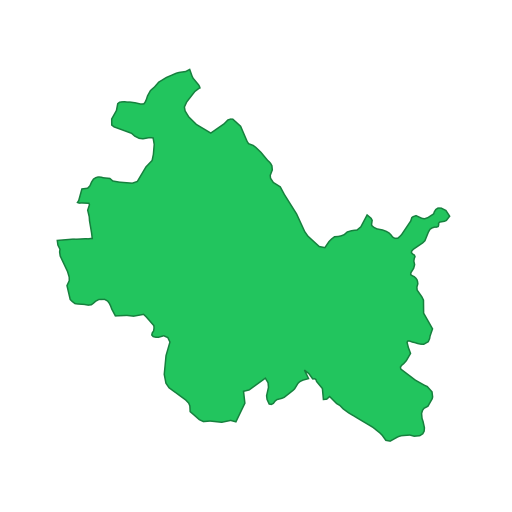 Santarém, Natural Earth projection, rotated 280°
{"feature_id": "PRT-748", "entity_name": "Santarém", "entity_type": "District", "adm_level": 1, "iso_a3": "PRT", "parent_name": "Portugal", "parent_adm1": "", "projection": "natural_earth1", "projection_center": [-8.43, 39.286], "detail": "fine", "context": "isolated", "style": "filled", "palette": "green", "viewbox_px": 512, "rotation_deg": 280, "n_neighbors": 0, "source": "natural_earth", "source_scale": "10m", "svg_char_len": 3950}
<svg xmlns="http://www.w3.org/2000/svg" viewBox="0 0 512 512"><g transform="rotate(280 256 256)"><path d="M144.8,333.2L149.3,328.6L152.1,323.5L144.4,329.0L142.1,324.1L140.9,322.3L139.7,320.8L137.8,319.4L131.9,317.1L130.0,315.7L121.7,308.3L120.3,306.1L118.2,301.5L116.3,299.9L113.9,298.7L112.5,296.9L112.5,294.7L116.7,291.8L120.2,290.7L128.8,291.1L133.3,289.9L137.3,286.4L122.9,272.5L120.6,267.2L109.1,270.6L89.2,265.0L89.7,259.6L86.3,251.1L85.5,239.4L83.8,233.0L85.0,228.6L91.3,218.2L96.9,216.9L99.4,215.3L102.0,211.8L111.1,193.3L115.1,189.4L123.5,186.2L142.3,184.7L156.3,186.2L160.4,183.3L161.0,180.6L161.4,179.4L161.4,178.8L160.9,177.9L159.0,174.0L158.6,171.2L158.8,168.7L160.1,167.1L162.3,167.2L164.5,168.2L167.4,168.1L169.7,167.5L177.2,158.2L179.0,155.4L175.5,145.9L175.1,139.2L172.6,127.9L178.8,123.1L181.4,121.6L183.8,119.9L185.9,117.7L187.0,114.5L185.9,108.8L183.7,106.0L181.3,104.1L179.4,102.3L178.5,99.4L178.5,95.2L177.8,88.8L177.7,86.0L179.3,82.9L180.9,80.6L194.0,75.0L199.3,76.4L202.8,75.7L208.0,73.1L222.0,63.2L225.9,61.9L228.6,61.8L232.4,59.0L236.8,57.6L240.8,72.7L241.4,76.6L243.4,85.1L243.8,88.0L244.5,90.1L244.8,91.7L250.1,90.1L261.9,85.9L265.6,85.0L271.9,82.3L277.5,83.1L278.9,82.3L278.0,75.2L277.4,72.7L277.7,70.9L279.9,71.8L291.8,72.9L293.5,78.4L296.3,80.3L300.2,81.2L303.5,82.6L305.3,84.6L306.3,86.6L306.6,88.3L306.7,90.3L306.5,92.0L307.0,98.6L305.0,101.9L305.0,108.7L306.2,121.5L308.8,126.2L324.7,132.2L332.0,137.1L338.2,137.3L348.2,136.4L354.4,134.2L354.3,132.2L353.9,129.9L351.8,124.3L351.6,120.5L353.0,115.8L355.2,112.2L358.5,93.8L359.9,91.2L365.9,90.1L375.0,93.3L382.0,93.4L383.7,94.9L384.5,97.2L385.1,99.8L385.2,102.5L385.7,105.1L385.9,110.5L385.6,116.1L386.3,119.1L388.2,120.1L391.3,120.9L394.9,121.4L400.7,123.4L404.9,126.8L410.3,130.0L416.2,136.7L422.2,145.8L423.4,148.4L425.5,154.8L428.2,158.3L422.0,161.8L420.1,163.2L414.6,169.7L413.3,170.8L411.8,171.6L411.4,170.9L407.4,167.2L395.7,161.0L390.3,159.6L386.5,161.0L381.3,165.6L375.2,174.4L369.2,190.1L380.5,201.5L385.1,204.7L386.4,207.2L386.7,209.4L381.1,218.3L367.2,227.4L365.3,229.2L364.4,234.0L363.0,236.8L358.9,242.9L352.2,250.8L351.0,252.7L349.7,254.3L347.6,256.0L343.6,257.1L337.9,256.0L335.1,256.8L331.4,260.3L328.3,267.9L321.4,273.3L304.4,288.7L288.5,299.7L284.6,303.6L276.3,316.6L276.2,322.4L282.9,325.4L285.9,327.5L288.6,330.0L289.5,333.6L290.6,336.3L292.3,339.1L295.5,341.7L297.4,345.5L298.4,348.4L299.0,350.9L302.9,354.2L315.7,358.3L313.1,362.8L311.3,364.2L307.5,364.3L306.1,364.7L304.7,367.0L303.7,370.3L303.6,376.1L302.9,379.9L301.8,383.0L300.2,385.3L298.4,387.2L297.5,389.6L298.1,392.5L300.4,394.4L302.4,395.7L317.3,402.3L320.9,402.8L322.0,403.9L323.5,406.6L321.9,412.8L321.9,415.5L323.7,418.7L328.3,423.6L330.6,424.0L333.0,425.0L334.8,426.9L335.3,430.1L333.8,435.1L328.8,439.8L324.1,437.3L322.9,435.5L321.3,431.0L319.8,430.1L318.4,430.5L316.7,430.3L315.8,428.8L315.4,426.7L314.2,424.5L312.5,422.7L309.4,421.6L300.4,419.7L297.9,417.9L290.1,409.9L288.1,408.5L286.2,408.5L285.0,410.2L284.4,411.8L282.9,412.7L281.2,412.3L278.4,412.3L275.0,413.7L271.3,413.4L266.3,411.4L264.5,411.6L263.7,413.3L263.1,415.4L261.9,417.3L260.5,418.7L258.9,419.5L256.7,420.2L253.4,419.8L250.4,420.6L244.5,426.5L241.6,428.6L228.8,431.0L214.9,442.5L207.4,441.3L204.8,441.3L201.5,440.5L198.2,436.5L197.8,433.5L197.9,430.3L198.3,427.6L198.4,424.9L198.9,422.3L198.8,420.5L197.3,419.7L192.4,421.9L186.9,425.1L179.0,422.2L175.6,420.1L173.9,418.6L171.8,417.5L169.8,418.2L161.4,434.5L157.9,444.4L157.2,447.3L152.8,452.9L147.9,454.4L146.0,454.3L137.9,451.4L135.2,447.9L133.0,446.8L129.7,446.4L124.9,447.7L121.9,449.3L116.0,451.7L112.7,452.0L109.9,451.1L107.5,448.5L106.0,443.1L106.4,438.6L104.3,430.4L103.1,428.0L102.0,426.4L97.0,420.3L97.0,415.9L101.3,411.5L103.3,408.7L107.6,400.8L117.6,374.5L120.6,368.4L123.3,364.7L124.7,361.0L130.4,352.9L127.3,350.5L126.4,347.3L137.0,344.4L142.9,337.5L144.7,336.5L145.3,335.2L144.8,333.2Z" fill="#22c55e" stroke="#15803d" stroke-width="1.5"/></g></svg>